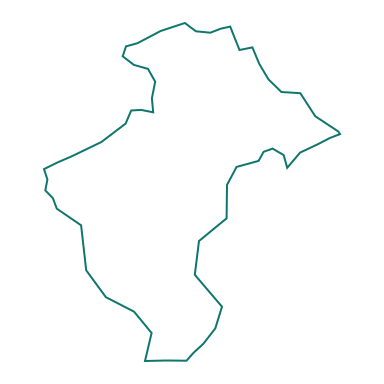 the border of La Vega
{"feature_id": "DOM-1975", "entity_name": "La Vega", "entity_type": "Province", "adm_level": 1, "iso_a3": "DOM", "parent_name": "Dominican Republic", "parent_adm1": "", "projection": "albers", "projection_center": [-70.602, 19.023], "detail": "fine", "context": "isolated", "style": "outline", "palette": "teal", "viewbox_px": 384, "rotation_deg": 0, "n_neighbors": 0, "source": "natural_earth", "source_scale": "10m", "svg_char_len": 830}
<svg xmlns="http://www.w3.org/2000/svg" viewBox="0 0 384 384"><path d="M184.9,23.0L195.9,31.3L210.4,32.7L220.7,28.7L230.2,26.6L239.5,50.0L252.4,47.4L259.3,64.0L268.5,79.4L281.4,92.0L300.3,93.2L315.3,116.3L338.3,131.5L339.1,132.8L340.0,134.1L329.8,138.0L318.5,143.9L300.1,152.6L287.2,167.8L283.7,155.1L272.6,148.6L263.6,151.8L258.6,160.9L236.6,166.9L227.0,184.9L226.6,218.3L199.0,241.0L194.8,274.8L222.0,306.7L215.3,328.4L203.3,343.8L193.5,352.8L186.5,360.7L166.0,360.5L145.0,361.0L151.6,333.0L134.1,311.7L105.9,297.2L86.2,270.3L81.1,225.3L56.8,208.7L52.9,198.2L45.3,190.4L47.4,179.5L44.0,169.1L57.4,162.5L72.6,155.9L101.4,142.0L125.6,123.6L131.2,110.5L141.1,109.9L153.2,112.3L151.9,98.3L155.2,81.7L148.0,68.9L133.9,64.9L122.7,56.3L126.0,46.4L137.4,43.2L160.6,31.0L184.9,23.0Z" fill="none" stroke="#0f766e" stroke-width="2"/></svg>